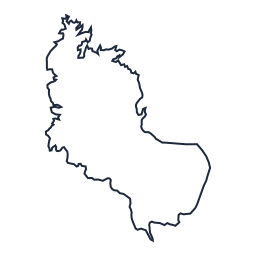 Maquiné, Rio Grande do Sul, Brazil (Natural Earth projection)
{"feature_id": "56859067B70278380109864", "entity_name": "Maquiné", "entity_type": "district", "adm_level": 2, "iso_a3": "BRA", "parent_name": "Brazil", "parent_adm1": "Rio Grande do Sul", "projection": "natural_earth1", "projection_center": [-50.244, -29.624], "detail": "fine", "context": "isolated", "style": "outline", "palette": "slate", "viewbox_px": 256, "rotation_deg": 0, "n_neighbors": 0, "source": "geoboundaries", "source_scale": "gbopen_adm2", "svg_char_len": 3425}
<svg xmlns="http://www.w3.org/2000/svg" viewBox="0 0 256 256"><path d="M197.0,144.2L186.3,144.3L165.0,142.6L162.3,142.6L155.9,138.8L154.6,136.9L152.9,135.4L150.6,133.4L148.6,132.2L144.9,132.1L143.3,130.8L141.9,128.8L141.2,126.7L141.7,124.4L141.7,120.2L142.6,118.6L144.8,116.6L146.0,114.5L144.8,112.0L144.9,109.7L145.5,108.0L143.1,108.9L141.5,114.4L138.4,114.9L136.9,112.3L136.7,108.7L136.0,106.8L136.0,104.8L136.8,103.0L140.2,98.7L142.1,97.5L142.5,95.6L142.3,93.5L140.7,89.7L140.0,88.0L139.2,83.4L137.7,79.6L138.7,75.0L136.1,73.9L135.4,71.7L133.6,73.4L131.2,72.6L130.9,70.7L130.0,69.3L128.3,69.0L127.1,66.0L125.1,66.9L124.2,64.3L121.0,65.1L118.2,60.4L116.0,62.0L112.3,60.9L113.2,59.3L116.6,58.2L117.1,56.6L119.3,55.3L119.2,57.3L122.9,54.4L124.6,51.5L122.1,50.3L119.4,49.6L116.8,51.2L115.2,49.9L116.3,46.1L114.5,46.6L112.0,48.6L108.7,49.6L105.8,49.4L104.1,50.2L100.8,50.1L100.9,47.4L100.1,45.5L97.3,50.7L98.1,54.0L96.7,52.8L92.4,51.0L92.1,48.7L90.4,48.3L88.6,48.9L87.2,45.6L85.8,48.1L85.3,50.2L84.1,53.2L84.2,56.2L83.3,57.6L78.3,57.9L78.4,56.1L79.8,53.9L80.6,51.4L80.6,49.4L77.9,50.2L77.7,47.5L79.1,45.6L80.6,45.6L81.7,44.5L82.2,42.0L85.5,41.0L86.0,39.4L87.7,42.4L89.8,40.6L90.3,37.6L91.6,34.6L90.8,33.1L91.3,30.6L91.0,27.4L89.3,30.2L88.6,32.2L85.8,31.9L81.9,33.1L78.0,34.8L80.3,31.6L81.9,29.8L82.6,26.9L82.5,25.0L80.5,26.9L76.4,29.7L76.3,27.9L78.5,25.4L79.9,24.6L80.0,22.3L77.4,22.4L76.4,20.4L75.7,22.1L74.1,22.8L72.7,22.2L71.3,20.6L69.6,21.6L68.8,23.7L66.6,21.2L68.9,16.6L66.2,15.4L66.6,17.7L65.2,18.8L62.3,18.3L63.1,21.2L62.5,22.9L64.4,24.4L65.7,28.7L63.1,29.7L61.6,29.6L60.4,30.9L59.1,33.3L60.6,33.5L62.8,33.2L63.5,34.6L63.0,38.5L60.1,40.0L58.4,41.2L54.5,42.2L56.9,44.3L56.0,45.8L53.6,48.0L50.6,51.1L47.4,56.4L46.7,58.9L46.9,62.1L46.9,68.1L47.3,69.8L49.9,69.2L52.2,69.4L52.8,72.2L53.7,73.7L56.4,76.0L54.8,76.6L53.5,77.5L53.9,79.3L56.1,79.7L54.9,81.0L53.0,81.8L50.6,82.5L47.5,84.7L47.5,87.8L49.0,89.5L48.9,93.5L49.4,96.2L50.6,98.8L51.0,101.1L53.0,103.1L53.5,105.2L57.0,104.8L58.8,105.4L61.2,107.0L58.8,107.8L55.0,106.8L50.7,107.6L51.2,109.8L51.9,112.3L55.8,114.4L59.9,114.8L58.1,117.2L59.1,119.6L55.4,118.5L53.3,118.9L54.0,120.9L52.1,123.5L53.5,124.7L51.8,125.8L50.5,127.9L49.3,128.6L48.4,130.1L45.9,131.6L46.1,134.5L48.3,135.9L50.0,138.4L49.3,140.5L48.7,143.7L48.4,146.2L49.3,147.9L49.8,150.7L51.5,150.3L52.3,147.6L55.4,145.4L56.2,147.3L55.9,149.4L56.7,150.9L58.6,151.1L60.4,150.4L62.3,147.7L64.0,147.1L65.3,149.0L67.4,151.8L67.7,154.8L67.4,158.5L66.7,161.0L67.9,162.9L74.2,164.3L76.6,166.5L78.2,165.9L78.6,164.0L80.6,163.8L81.9,165.9L85.6,166.4L86.1,169.3L85.1,171.0L84.5,173.6L87.9,178.1L92.0,178.0L94.3,179.7L98.2,179.5L102.8,180.8L107.8,178.2L109.8,178.6L110.8,180.1L110.3,183.2L110.7,186.7L112.2,189.1L114.2,190.3L117.3,190.6L119.7,193.1L123.7,194.0L130.1,198.7L130.5,203.2L129.6,207.0L130.6,208.8L131.7,212.3L131.4,214.6L131.6,217.7L132.0,219.4L133.6,223.7L134.3,225.3L135.7,228.6L137.5,229.7L139.2,229.2L141.0,228.6L145.8,230.3L150.6,239.4L152.8,240.6L152.5,238.2L150.0,232.6L149.6,228.2L149.2,224.6L149.8,222.7L151.9,221.6L153.9,222.5L160.0,223.1L164.5,225.1L165.9,224.0L167.4,223.1L169.8,224.3L173.3,225.0L175.3,225.8L179.3,222.3L178.3,220.2L178.6,214.9L180.5,213.4L183.6,214.3L190.3,213.6L193.8,209.7L195.5,207.7L197.2,204.2L198.4,200.8L203.7,186.0L206.3,180.4L207.5,176.0L210.1,167.8L209.6,165.9L208.9,162.7L206.3,156.4L201.9,149.9L199.3,146.9L197.0,144.2Z" fill="none" stroke="#1e293b" stroke-width="2"/></svg>